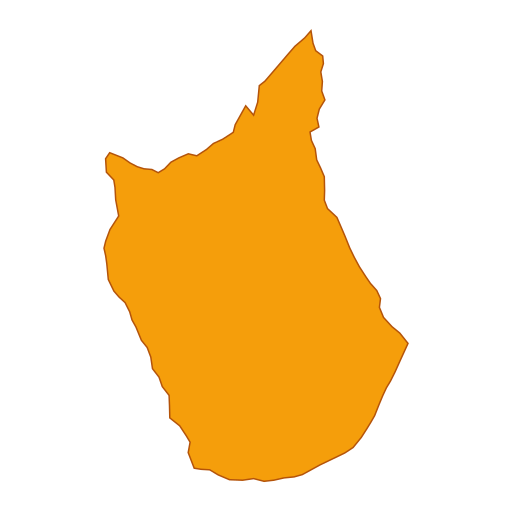 outline of Turmalina, São Paulo, Brazil
{"feature_id": "56859067B49840194470028", "entity_name": "Turmalina", "entity_type": "district", "adm_level": 2, "iso_a3": "BRA", "parent_name": "Brazil", "parent_adm1": "São Paulo", "projection": "orthographic", "projection_center": [-50.457, -20.07], "detail": "fine", "context": "isolated", "style": "filled", "palette": "amber", "viewbox_px": 512, "rotation_deg": 0, "n_neighbors": 0, "source": "geoboundaries", "source_scale": "gbopen_adm2", "svg_char_len": 1557}
<svg xmlns="http://www.w3.org/2000/svg" viewBox="0 0 512 512"><path d="M201.1,469.3L209.7,469.8L218.2,474.9L229.5,479.7L242.6,480.2L253.6,478.6L264.1,481.3L273.8,480.2L284.0,477.9L294.1,476.9L302.3,474.6L311.8,469.4L320.0,464.9L344.9,452.9L353.1,447.5L361.3,437.4L367.0,428.5L370.8,422.3L374.6,415.7L379.0,404.6L382.8,395.5L386.4,387.8L390.5,381.0L395.1,371.8L400.5,359.8L408.0,343.4L399.8,333.1L391.9,326.6L383.5,317.4L379.4,307.4L380.5,298.6L376.8,290.6L370.4,283.4L365.8,276.7L359.4,266.8L354.3,257.4L349.7,247.9L345.2,236.7L341.4,227.8L336.9,217.4L327.5,208.6L324.3,200.2L324.6,190.6L324.3,176.7L320.5,167.8L316.7,159.9L315.2,148.7L311.4,140.4L310.0,132.0L318.9,127.0L317.0,118.3L319.3,109.1L324.9,99.9L321.7,91.0L322.4,81.5L320.8,71.9L323.4,63.6L322.7,56.0L315.7,50.7L313.0,43.2L311.0,30.7L304.7,37.9L294.9,46.3L288.9,53.2L272.3,72.6L264.9,81.2L259.3,85.6L257.7,102.2L253.6,115.2L245.7,105.8L235.2,124.7L233.3,132.3L222.7,139.2L213.4,143.5L206.6,149.4L196.8,155.8L188.3,153.8L178.8,157.9L170.9,162.2L164.6,168.8L158.2,172.7L151.9,169.5L144.0,168.8L137.2,166.7L130.1,163.0L122.9,157.9L109.7,152.7L105.6,158.7L106.4,172.2L113.8,180.0L115.0,187.5L115.7,199.8L118.7,216.0L110.0,229.5L105.7,241.1L104.0,248.2L105.7,255.9L106.8,263.8L108.3,279.5L113.9,291.1L119.1,297.1L125.1,302.6L129.7,311.8L132.0,319.9L136.0,327.1L141.4,340.3L147.2,347.5L150.8,357.1L152.5,368.7L159.0,377.1L162.3,386.6L169.1,395.4L169.5,405.7L169.8,417.9L179.7,425.8L186.3,435.8L190.1,442.2L188.2,452.6L194.2,468.2L201.1,469.3Z" fill="#f59e0b" stroke="#b45309" stroke-width="1.5"/></svg>